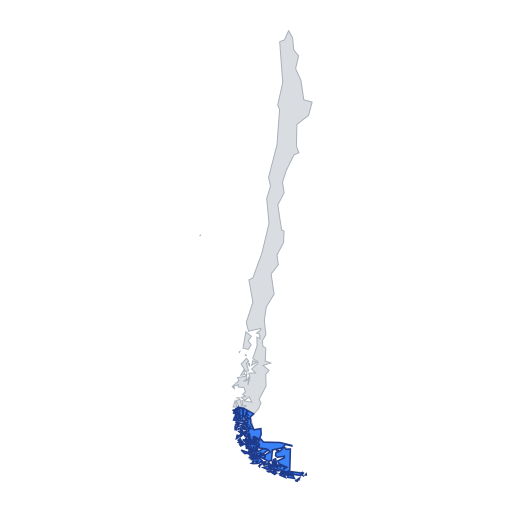 location of Magallanes y Antártica Chilena within Chile
{"feature_id": "CHL-2692", "entity_name": "Magallanes y Antártica Chilena", "entity_type": "Region", "adm_level": 1, "iso_a3": "CHL", "parent_name": "Chile", "parent_adm1": "", "projection": "equal_earth", "projection_center": [-72.604, -52.278], "detail": "fine", "context": "in_parent", "style": "filled", "palette": "blue", "viewbox_px": 512, "rotation_deg": 0, "n_neighbors": 0, "source": "natural_earth", "source_scale": "10m", "svg_char_len": 9872}
<svg xmlns="http://www.w3.org/2000/svg" viewBox="0 0 512 512"><path d="M279.7,41.7L284.5,39.9L288.6,30.7L292.6,37.8L293.7,49.8L298.6,55.9L295.6,68.7L300.9,80.1L303.8,99.8L312.1,102.1L308.6,115.3L296.9,124.4L296.4,146.3L298.9,152.7L293.9,155.0L286.1,170.8L282.5,182.2L284.1,192.8L277.8,204.9L281.6,230.1L284.0,231.1L283.6,242.5L277.0,254.9L278.3,264.7L271.1,274.0L274.1,294.1L266.3,306.9L264.3,320.3L265.9,334.7L262.4,340.7L262.8,346.2L265.8,348.2L265.2,361.0L270.8,363.0L263.0,365.4L269.1,370.4L265.7,374.3L266.1,386.0L259.1,399.3L261.0,403.1L258.3,409.1L250.4,417.4L253.9,429.5L260.6,428.9L260.0,437.8L263.5,442.1L279.8,442.5L291.9,445.4L285.6,444.6L273.0,450.3L271.2,460.4L268.8,461.4L260.0,456.1L263.7,454.9L264.9,457.4L269.5,450.7L261.0,453.9L258.9,457.2L254.8,455.0L257.4,450.2L267.2,448.6L257.6,447.9L254.3,453.3L250.1,450.9L253.3,449.6L254.2,447.4L247.1,449.0L244.8,443.7L248.5,444.8L256.9,441.9L257.5,446.1L259.1,445.1L258.9,439.5L253.8,436.9L258.5,440.4L251.0,442.9L245.5,439.2L247.6,434.9L240.4,432.8L238.1,428.9L241.4,428.7L241.7,425.6L245.9,430.3L248.6,431.6L249.8,426.9L247.2,430.4L245.4,428.2L247.4,427.1L241.8,423.8L247.3,421.7L244.5,417.6L248.3,417.7L246.1,415.8L247.4,411.5L243.9,415.5L244.0,407.0L246.7,405.7L242.9,405.6L241.9,400.6L251.9,402.2L249.1,396.9L244.9,400.3L241.2,397.4L245.6,396.2L242.7,394.5L245.4,391.8L244.0,387.5L238.2,387.0L238.3,384.5L233.6,386.5L234.6,389.1L232.2,386.6L238.8,380.7L237.5,377.5L245.2,376.4L246.9,372.4L246.4,379.5L243.3,381.3L246.9,380.6L248.8,376.8L247.9,385.1L250.0,377.8L248.8,373.2L255.6,372.9L251.6,369.0L257.8,363.4L257.9,361.6L252.7,358.6L257.1,345.9L256.9,337.1L260.1,338.6L259.3,333.9L256.5,333.1L260.6,330.1L260.9,328.4L248.5,331.2L246.3,322.4L252.9,302.1L248.9,279.9L252.9,277.8L261.9,253.1L269.0,223.5L266.7,198.4L270.5,186.3L268.6,177.3L277.0,144.6L279.6,109.3L277.7,105.3L282.7,82.6L279.7,41.7ZM290.4,449.1L289.6,471.0L264.0,468.5L272.7,465.8L276.6,467.8L272.2,463.7L275.0,458.9L274.8,463.9L284.9,468.1L286.6,466.6L277.9,461.5L284.4,456.8L276.6,456.4L275.7,453.4L278.3,452.0L276.3,450.1L284.1,447.4L290.4,449.1ZM248.3,349.4L243.0,348.1L245.9,331.8L251.3,336.3L248.1,340.8L251.2,344.8L248.3,349.4ZM242.3,408.8L242.1,421.9L239.7,418.9L240.9,415.7L238.2,420.3L234.2,419.6L239.4,408.4L242.3,408.8ZM279.1,473.8L291.1,472.0L289.8,473.9L294.1,478.6L285.3,474.1L283.5,476.7L279.1,473.8ZM248.7,361.2L246.4,363.3L248.6,370.8L245.7,371.5L241.2,364.0L246.5,358.3L248.7,361.2ZM255.9,457.4L261.6,460.7L256.3,463.8L257.2,461.2L253.6,462.4L248.5,458.0L255.9,457.4ZM261.6,463.0L271.1,465.0L263.6,465.5L261.6,463.0ZM301.9,473.9L294.1,474.5L292.3,472.2L300.6,472.2L301.9,473.9ZM242.1,406.9L239.1,407.3L236.3,400.9L239.8,399.0L242.1,406.9ZM237.2,407.3L233.1,406.9L235.1,400.8L237.2,407.3ZM256.9,362.4L251.6,365.4L252.8,360.7L256.9,362.4ZM240.4,438.7L242.8,442.1L241.6,445.3L238.2,440.3L240.4,438.7ZM241.5,450.1L250.0,453.3L254.2,456.1L245.1,453.4L241.5,450.1ZM244.6,374.6L240.7,375.2L243.9,369.8L244.6,374.6ZM267.6,471.3L275.7,471.5L276.6,473.5L267.6,471.3ZM237.6,409.5L235.4,413.0L233.3,413.3L233.7,409.8L237.6,409.5ZM239.8,422.9L236.7,425.7L235.1,425.4L236.0,421.9L239.8,422.9ZM242.5,435.1L238.6,436.3L236.6,438.6L237.7,435.1L242.5,435.1ZM236.4,428.0L235.3,426.8L237.9,427.1L236.4,428.0ZM249.6,365.9L248.0,364.0L248.3,363.0L249.5,363.6L249.6,365.9ZM246.0,441.1L244.4,441.4L243.3,439.7L246.0,441.1ZM239.1,398.0L236.2,398.1L239.0,397.6L239.1,398.0ZM299.4,478.1L299.7,480.0L297.9,479.3L299.4,478.1ZM245.2,354.7L246.8,355.9L245.2,355.3L245.2,354.7ZM298.2,480.5L295.7,480.8L295.6,480.6L298.2,480.5ZM306.3,474.0L306.0,475.0L305.3,474.7L306.3,474.0ZM200.9,234.7L200.0,235.8L199.9,235.7L200.9,234.7ZM239.9,351.5L239.4,352.5L239.1,351.9L239.9,351.5Z" fill="#d9dde1" stroke="#a8b0b8" stroke-width="1"/><path d="M253.7,413.9L250.3,416.9L250.8,423.3L254.0,429.8L260.9,428.6L261.2,434.7L259.7,437.9L263.6,442.2L279.9,442.5L291.9,445.5L291.9,446.0L285.6,444.5L282.0,447.9L272.4,449.8L271.4,460.1L268.9,461.4L259.6,456.7L264.4,454.8L264.9,457.0L263.2,458.1L264.7,457.8L265.2,457.2L265.3,454.8L270.3,451.8L268.1,449.8L263.1,453.8L261.0,452.9L258.8,453.4L261.7,454.4L258.1,455.8L260.3,458.0L253.7,455.0L252.8,454.1L257.5,455.5L255.4,451.0L257.2,450.3L257.6,449.6L257.5,451.3L259.8,451.1L262.0,449.1L267.5,449.0L256.4,447.6L255.3,449.6L257.9,449.1L255.1,451.0L255.4,453.1L253.7,453.6L251.6,452.4L253.5,451.5L250.7,450.5L253.4,450.5L256.0,447.5L253.7,446.8L253.1,449.3L252.1,448.0L252.0,448.9L249.6,449.7L251.2,447.3L249.3,442.8L252.8,444.7L255.2,443.1L254.6,444.9L256.3,445.1L256.8,441.8L259.0,444.7L255.8,447.0L259.1,447.0L259.5,444.5L257.9,442.1L259.5,440.3L257.7,438.3L254.5,436.5L253.0,437.1L258.8,440.2L252.9,438.4L255.3,440.3L253.5,441.2L255.9,441.0L253.4,443.4L252.6,439.7L252.1,438.9L252.9,444.1L250.7,442.9L250.2,440.5L252.0,442.6L250.4,439.9L251.5,439.3L249.4,440.2L247.6,436.4L250.2,438.6L249.5,433.6L246.0,434.1L246.4,431.7L244.9,431.6L248.6,431.8L248.9,428.8L251.3,428.8L249.2,427.6L250.6,426.0L246.7,430.4L244.6,426.8L248.0,427.5L246.8,425.6L241.3,423.7L244.1,422.7L245.4,424.5L248.1,424.8L243.9,421.7L247.9,422.6L247.7,420.3L244.3,420.4L246.4,418.8L244.2,417.9L249.5,418.9L245.9,415.7L246.3,414.0L247.2,414.8L248.2,415.0L246.5,412.1L248.2,411.6L246.4,411.4L245.1,416.8L243.4,415.3L243.7,408.3L253.7,413.9ZM289.7,470.4L286.3,471.9L279.2,469.2L279.0,470.8L276.5,470.8L277.1,469.3L273.0,470.8L275.4,468.8L270.9,470.2L271.5,468.6L268.8,469.2L269.3,467.8L267.2,469.3L263.1,467.5L268.2,466.2L270.4,467.6L272.7,465.7L274.2,465.9L273.3,466.8L273.0,468.5L274.4,466.4L278.0,467.9L271.7,463.7L278.0,466.8L278.8,465.1L280.8,468.0L280.2,465.3L285.1,466.9L283.6,468.7L283.9,469.3L287.0,467.2L279.0,463.7L277.7,460.9L284.3,457.8L284.4,456.2L277.6,457.3L275.5,455.7L275.9,452.7L278.6,451.7L276.0,450.1L280.0,451.1L284.1,447.0L286.3,449.4L290.4,449.0L289.7,470.4ZM238.6,420.7L234.8,414.5L237.3,416.6L235.9,414.1L239.5,415.1L240.0,410.7L238.0,409.3L242.3,408.1L243.0,421.2L239.4,421.0L240.9,420.2L239.5,417.8L241.1,418.0L239.6,416.9L241.5,415.0L238.7,416.3L238.6,420.7ZM294.5,478.5L287.7,477.3L288.3,474.2L286.9,475.0L285.8,473.8L285.7,474.8L284.9,473.6L283.3,474.0L285.4,477.4L280.5,475.4L282.8,474.1L278.7,473.8L282.2,473.9L282.7,472.7L291.2,471.8L292.0,473.0L289.8,473.9L286.3,472.8L293.0,474.9L290.7,475.4L289.4,474.9L288.7,475.0L293.4,476.3L294.5,478.5ZM259.0,463.3L255.2,463.5L258.1,461.2L256.8,460.8L252.8,462.3L253.3,459.7L250.4,458.7L255.6,459.2L251.9,457.4L255.0,456.4L256.2,459.4L256.4,457.1L257.8,459.3L259.5,458.3L262.1,460.6L259.0,463.3ZM295.5,474.8L296.7,474.7L293.6,474.5L291.9,471.7L302.1,473.3L300.3,475.4L295.5,474.8ZM275.6,458.7L276.4,462.8L273.8,462.1L274.8,464.8L272.6,463.7L272.1,461.0L274.3,461.2L273.5,459.6L275.6,458.7ZM253.6,455.8L250.6,455.8L248.2,453.2L244.7,453.6L241.2,450.1L250.3,453.2L253.6,455.8ZM266.0,464.9L268.5,462.3L271.2,465.2L269.5,466.2L267.9,463.7L266.0,464.9ZM264.6,465.8L261.2,461.9L266.0,461.8L265.1,464.2L263.6,462.7L264.6,465.8ZM240.4,423.1L235.0,425.6L237.8,423.2L235.4,422.2L240.4,423.1ZM241.6,429.4L243.8,433.1L243.2,432.1L241.1,433.3L239.1,431.7L241.9,431.4L241.6,429.4ZM248.5,449.6L248.2,448.0L245.7,448.4L249.4,446.6L248.5,449.6ZM276.6,473.2L274.6,474.5L271.0,472.0L276.2,471.4L273.2,472.5L276.6,473.2ZM245.5,429.9L242.2,428.4L243.6,427.3L241.5,426.7L243.8,426.6L245.1,428.8L243.5,428.6L245.5,429.9ZM280.7,472.7L281.1,471.1L285.5,472.0L280.7,472.7ZM237.2,420.8L233.5,420.0L234.5,417.1L235.7,417.7L237.2,420.8ZM242.5,434.8L240.6,436.7L238.8,436.9L240.6,434.4L242.5,434.8ZM239.9,442.5L238.5,442.3L240.4,440.8L239.6,438.9L240.1,438.6L240.9,440.2L239.9,442.5ZM237.8,427.0L236.0,427.6L236.5,429.9L235.1,429.7L235.0,427.0L237.8,427.0ZM236.8,411.4L235.5,410.8L234.4,411.7L233.1,410.3L235.3,409.5L236.8,411.4ZM246.2,446.5L246.0,444.4L243.8,443.8L244.8,443.4L247.7,445.8L246.2,446.5ZM239.4,412.1L239.1,414.2L236.6,412.8L237.5,411.5L239.4,412.1ZM238.7,435.6L237.8,438.0L236.4,438.7L237.1,435.3L238.7,435.6ZM242.8,445.0L240.6,446.0L239.8,444.5L242.8,445.0ZM236.0,412.7L233.1,413.4L235.8,411.2L236.0,412.7ZM249.5,444.4L246.4,442.6L246.4,441.7L248.9,443.1L249.5,444.4ZM246.4,437.7L247.0,440.4L245.2,439.4L246.4,437.7ZM240.6,431.0L240.4,428.7L241.6,430.4L240.6,431.0ZM245.6,442.0L243.0,439.5L246.3,441.2L245.6,442.0ZM271.2,471.7L268.3,471.9L267.4,471.2L269.8,470.8L271.2,471.7ZM248.6,444.9L248.2,446.3L246.4,444.2L248.6,444.9ZM252.1,456.7L251.4,458.3L248.8,456.9L250.7,457.5L252.1,456.7ZM241.2,442.1L239.9,443.6L242.3,440.8L241.2,442.1ZM247.3,440.8L249.4,440.9L249.4,442.4L247.3,440.8ZM299.6,478.0L298.8,479.8L297.7,479.3L299.6,478.0ZM239.0,424.8L239.0,426.3L237.4,426.6L237.8,425.8L239.0,424.8ZM259.2,465.0L261.6,464.0L260.8,465.0L259.2,465.0ZM237.8,409.9L236.7,411.0L236.0,409.1L237.8,409.9ZM297.6,480.2L297.3,481.3L295.1,480.5L297.6,480.2ZM245.4,434.0L244.7,434.6L244.2,431.4L245.4,434.0ZM302.5,474.6L302.9,475.6L301.9,475.1L302.5,474.6ZM243.1,432.4L243.5,434.3L242.1,433.0L243.1,432.4ZM275.0,464.3L276.8,464.4L277.3,464.9L275.0,464.3ZM244.5,417.1L243.0,416.6L243.4,415.8L244.5,417.1ZM237.8,407.4L237.6,409.2L236.5,409.0L236.5,408.8L237.8,407.4ZM250.3,450.8L251.9,452.2L248.7,451.7L250.3,450.8ZM239.0,440.9L238.2,440.2L239.1,439.6L239.0,440.9ZM241.1,426.9L240.9,425.7L242.5,425.8L241.1,426.9ZM246.2,436.1L245.1,436.4L245.0,435.2L246.2,436.1ZM252.4,462.8L253.9,463.8L251.5,463.3L252.4,462.8ZM306.2,474.0L306.3,475.0L305.3,475.0L306.2,474.0ZM242.7,441.7L243.0,442.5L241.2,443.3L242.7,441.7ZM275.6,470.9L274.4,471.4L273.1,471.2L274.2,470.8L275.6,470.9ZM275.0,463.5L276.6,463.1L276.7,463.8L275.0,463.5ZM238.9,428.6L238.2,430.0L238.2,428.6L238.9,428.6ZM302.4,472.3L304.0,473.5L302.0,472.5L302.4,472.3ZM248.2,434.9L248.7,436.0L247.7,435.3L248.2,434.9ZM259.9,465.6L259.5,466.8L258.9,466.0L259.9,465.6ZM238.6,408.5L238.4,407.4L240.0,407.6L238.6,408.5ZM248.3,439.7L248.4,440.5L247.6,439.0L248.3,439.7ZM241.7,444.1L240.7,443.7L242.3,443.1L241.7,444.1Z" fill="#3b82f6" stroke="#1e3a8a" stroke-width="1.5"/></svg>